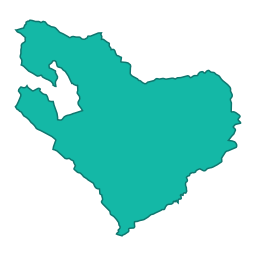 Tam Duong, Lai Chau, Vietnam
{"feature_id": "81297802B8345144496926", "entity_name": "Tam Duong", "entity_type": "district", "adm_level": 2, "iso_a3": "VNM", "parent_name": "Vietnam", "parent_adm1": "Lai Chau", "projection": "mercator", "projection_center": [103.573, 22.33], "detail": "fine", "context": "isolated", "style": "filled", "palette": "teal", "viewbox_px": 256, "rotation_deg": 0, "n_neighbors": 0, "source": "geoboundaries", "source_scale": "gbopen_adm2", "svg_char_len": 5608}
<svg xmlns="http://www.w3.org/2000/svg" viewBox="0 0 256 256"><path d="M101.4,32.9L98.3,33.0L90.4,36.2L88.1,36.1L87.7,36.5L87.6,37.2L87.2,37.8L85.0,39.1L84.2,39.3L82.2,39.1L81.1,38.3L80.2,37.4L79.3,37.1L76.1,37.1L73.4,36.5L72.1,36.6L70.3,37.5L69.7,37.6L68.9,37.3L68.0,36.6L63.0,33.8L59.6,32.3L55.8,28.2L55.1,27.7L53.9,27.2L51.1,26.7L49.5,25.7L47.5,24.8L45.2,22.0L43.1,21.4L41.6,22.3L40.5,22.5L40.1,22.0L38.8,21.5L35.5,21.5L32.2,20.5L30.2,20.2L29.7,20.3L28.7,21.2L27.6,21.2L26.1,22.2L26.0,24.0L24.6,25.3L24.5,26.1L23.7,27.6L23.7,28.0L21.9,28.4L16.6,30.0L15.9,30.0L17.2,31.7L17.8,32.1L20.5,33.2L25.4,37.6L25.1,38.8L25.3,40.7L25.2,41.4L24.3,42.2L22.4,43.4L21.8,44.1L21.3,45.2L21.4,47.5L20.9,49.7L20.9,53.5L20.2,56.2L20.4,57.5L21.6,59.5L21.9,61.1L21.5,64.5L21.2,64.9L23.5,66.1L28.7,71.1L32.7,73.2L36.8,75.8L37.7,76.1L39.7,75.7L40.8,75.2L41.5,75.3L42.5,76.9L43.4,77.5L46.4,79.1L47.9,79.6L50.6,81.1L51.6,82.0L52.7,83.4L53.0,83.9L53.0,85.1L55.2,86.4L55.9,86.4L55.4,83.3L55.5,81.7L55.9,80.7L57.4,78.2L57.5,76.7L55.4,72.6L55.5,71.4L55.4,70.9L51.5,68.8L49.3,67.9L49.0,65.5L49.1,64.9L49.6,64.4L51.6,62.9L52.8,61.0L53.9,60.7L54.6,60.7L55.1,60.9L56.1,61.9L57.0,65.5L57.5,66.5L58.3,67.0L61.3,67.9L61.8,68.3L63.1,69.9L65.4,71.5L65.9,72.3L68.3,75.9L71.8,83.4L72.5,83.3L74.0,84.5L76.4,85.5L77.3,85.3L77.6,85.4L77.8,90.5L77.3,92.0L77.2,93.1L79.5,96.4L79.8,98.5L79.5,99.5L78.1,102.1L78.1,103.4L78.4,104.6L81.5,108.8L82.5,110.6L74.8,113.1L73.0,113.6L71.2,114.4L69.3,115.0L68.0,115.2L66.3,115.7L64.3,116.8L62.2,119.4L61.5,119.9L60.1,120.1L57.6,119.7L57.6,117.2L57.0,113.4L54.0,105.0L53.2,101.5L51.0,101.5L49.6,101.2L48.6,100.6L48.4,100.2L47.5,97.0L46.7,95.5L46.0,94.7L44.0,94.3L42.6,93.6L40.3,91.5L39.7,90.6L39.7,90.0L40.2,89.4L40.2,89.0L39.6,88.5L38.3,88.3L37.6,88.6L33.5,90.8L32.5,90.9L28.3,87.8L27.5,86.8L27.0,85.7L26.0,87.0L25.3,87.5L24.5,87.7L23.2,87.7L21.0,87.0L20.6,87.2L18.8,89.5L18.5,91.0L20.8,94.3L20.8,95.9L18.5,101.5L16.7,105.2L15.4,106.7L17.0,109.2L17.6,109.6L18.3,109.8L19.6,111.2L20.7,111.7L21.5,112.3L23.7,115.8L26.5,117.5L28.9,119.6L31.2,122.6L32.3,123.4L34.1,125.2L35.2,126.6L36.1,128.1L36.6,128.6L38.2,129.5L40.6,130.5L51.9,136.5L55.6,139.6L55.8,140.1L55.7,140.5L53.5,146.7L53.0,149.4L54.8,149.9L57.1,151.0L62.1,155.5L65.1,158.4L66.8,158.8L69.0,158.4L69.4,158.4L70.8,159.6L73.4,160.9L73.9,162.8L75.4,165.8L74.0,168.6L74.1,169.3L77.3,172.1L78.3,172.6L79.8,172.9L80.6,173.3L82.7,175.4L83.5,176.6L86.8,178.7L88.1,179.9L93.2,183.1L93.8,184.1L94.5,185.9L95.3,187.2L96.3,188.2L97.5,188.7L99.5,189.0L99.9,193.8L101.8,195.1L102.0,196.7L102.4,197.8L102.6,199.4L102.3,200.2L101.6,201.3L101.5,201.8L101.7,202.6L102.9,204.1L109.9,211.2L110.4,214.0L111.0,214.7L113.7,216.4L114.7,217.4L116.6,219.6L118.6,222.5L119.1,225.2L120.0,226.4L120.1,227.4L120.0,228.0L119.5,228.8L118.3,229.9L118.2,230.4L118.6,231.4L118.5,231.9L116.8,233.4L116.5,234.0L117.8,234.6L122.0,235.8L122.1,235.5L122.7,235.1L124.9,234.1L128.4,231.7L128.7,231.2L128.8,230.2L128.6,229.3L128.8,228.7L129.9,228.2L133.6,228.0L134.2,227.6L134.7,226.8L134.4,223.7L134.5,221.9L134.7,221.7L137.4,221.4L139.9,220.5L142.8,219.9L144.1,219.5L148.0,217.1L150.8,214.7L153.5,214.0L155.1,213.1L161.1,210.3L161.8,209.6L164.0,209.5L164.6,209.0L165.5,206.9L166.8,205.1L168.2,204.4L171.6,204.0L173.0,203.0L173.2,201.9L173.9,201.2L174.3,201.2L174.8,201.8L175.1,201.8L175.7,201.4L175.9,200.7L176.3,200.5L176.8,200.9L177.4,201.1L177.4,201.4L177.2,202.0L178.1,202.8L178.1,200.5L178.3,199.8L179.1,199.1L180.7,199.0L181.2,198.5L181.1,196.9L180.4,195.3L180.6,194.8L181.1,194.5L181.9,195.1L183.0,195.3L183.1,195.1L183.0,194.1L183.9,193.1L184.7,192.8L185.7,193.1L186.6,191.5L186.7,191.0L186.4,189.2L186.4,187.8L185.6,185.5L185.5,183.7L185.8,182.4L187.0,181.5L187.3,180.8L187.4,180.3L187.3,179.7L186.4,177.6L186.6,177.1L188.0,176.0L189.4,175.6L190.1,173.7L190.7,173.2L191.3,173.1L192.0,172.6L193.8,172.7L194.8,172.4L195.6,171.9L195.8,171.1L197.4,169.8L199.8,168.8L203.4,170.7L204.4,170.8L205.0,170.7L205.6,170.3L207.4,168.6L209.7,167.9L211.4,167.6L213.0,167.0L217.3,164.7L221.5,161.9L221.8,161.4L221.6,158.1L225.5,152.0L226.8,151.1L228.1,150.8L235.6,147.6L236.3,147.2L236.6,146.5L236.7,145.8L236.6,144.6L236.3,143.9L235.5,142.7L234.7,141.9L232.3,141.0L228.4,140.4L231.7,136.2L233.8,134.0L235.4,130.3L235.3,129.3L233.3,127.2L233.3,126.7L235.0,124.8L235.5,124.4L240.5,123.2L240.5,122.4L238.5,120.4L238.0,119.5L238.2,119.0L240.0,116.7L240.0,116.4L239.7,115.6L239.2,115.1L236.0,112.8L234.6,112.1L233.7,111.8L231.6,111.9L231.2,111.5L231.4,102.9L230.6,100.8L230.4,99.6L230.5,98.7L231.5,97.6L232.2,96.1L232.2,95.5L232.1,94.5L230.5,91.0L230.6,89.1L230.4,88.1L229.7,86.9L227.6,84.6L222.7,80.6L221.3,79.1L219.4,76.3L218.5,75.6L216.0,74.3L214.9,73.2L213.9,72.5L211.2,72.2L210.3,71.7L209.1,70.6L208.2,70.4L206.7,71.1L205.0,73.0L204.0,72.9L203.3,72.1L202.5,71.7L202.0,71.7L200.1,72.1L199.1,73.0L198.3,73.9L197.8,75.1L197.2,75.6L194.4,75.6L193.2,76.1L191.5,77.3L190.7,77.6L190.3,77.6L188.8,76.1L188.0,75.8L187.5,75.8L180.8,77.6L177.4,77.8L175.3,79.0L173.1,78.2L171.9,78.2L165.9,79.2L163.6,78.5L162.4,78.5L159.4,79.1L156.9,78.6L156.1,78.8L153.9,80.6L147.7,82.2L146.1,83.6L144.6,83.7L142.5,82.6L140.6,81.0L139.7,80.5L138.6,80.4L137.5,78.9L132.3,76.1L131.2,75.1L130.4,74.1L130.2,73.1L130.4,68.0L130.7,66.2L130.3,64.8L128.1,63.0L125.8,62.4L121.1,62.0L120.8,61.4L121.3,58.3L121.4,57.5L121.3,57.3L119.7,56.7L118.7,56.0L117.1,55.6L116.6,55.1L115.6,53.2L114.9,50.9L114.3,50.0L113.6,49.5L112.8,49.4L111.1,49.7L110.9,48.3L109.4,46.3L109.2,45.6L109.3,43.6L109.1,43.2L106.9,42.0L103.6,39.5L102.6,39.2L101.5,39.4L101.8,36.5L100.9,34.4L100.9,33.9L101.4,32.9Z" fill="#14b8a6" stroke="#0f766e" stroke-width="1.5"/></svg>